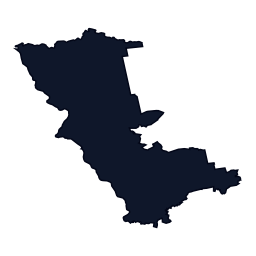 Rumbas pag., Kuldigas, Latvia
{"feature_id": "27541924B49988054161114", "entity_name": "Rumbas pag.", "entity_type": "district", "adm_level": 2, "iso_a3": "LVA", "parent_name": "Latvia", "parent_adm1": "Kuldigas", "projection": "natural_earth1", "projection_center": [22.062, 56.994], "detail": "fine", "context": "isolated", "style": "filled", "palette": "ink", "viewbox_px": 256, "rotation_deg": 0, "n_neighbors": 0, "source": "geoboundaries", "source_scale": "gbopen_adm2", "svg_char_len": 5768}
<svg xmlns="http://www.w3.org/2000/svg" viewBox="0 0 256 256"><path d="M124.5,220.9L125.2,220.8L125.8,221.4L127.2,221.0L128.2,221.2L128.7,221.0L129.3,222.0L130.5,223.0L131.0,222.4L133.4,222.3L133.4,222.0L132.6,221.5L133.7,220.9L134.3,221.0L135.6,222.2L136.0,221.8L136.9,221.8L137.7,221.3L138.2,221.3L139.3,222.2L140.1,221.7L140.5,221.8L141.0,222.4L140.8,223.7L141.1,224.0L141.8,223.7L143.3,223.8L144.9,224.1L145.2,223.2L148.8,223.5L150.5,222.6L154.1,223.0L153.6,226.5L156.7,227.4L157.2,225.6L157.3,224.1L156.9,222.1L157.8,220.2L161.6,218.2L162.1,218.4L162.0,218.9L162.4,219.8L162.4,221.9L166.1,223.2L169.7,222.2L170.9,221.2L170.2,220.2L169.1,219.9L168.1,218.2L168.0,217.9L168.6,216.5L168.7,215.2L168.0,215.1L167.1,214.0L166.7,214.0L166.5,214.4L166.1,214.2L167.0,213.4L166.7,212.5L167.0,212.3L167.4,212.8L167.6,212.6L167.5,211.8L167.7,211.7L167.2,211.4L166.4,211.4L165.6,210.7L165.9,210.3L166.8,210.0L166.1,209.8L166.8,209.4L167.0,208.7L167.3,209.0L167.8,209.0L169.1,207.9L170.4,208.1L169.9,207.5L170.3,207.2L171.3,207.1L171.7,206.2L172.8,205.9L172.8,205.5L173.4,205.6L174.5,206.4L175.0,206.0L176.3,205.5L177.1,205.8L177.2,205.6L176.7,205.2L177.2,204.9L177.2,204.5L177.4,204.4L177.9,205.0L179.2,204.8L179.7,204.6L180.3,203.8L179.9,202.9L181.3,203.1L181.5,202.9L181.3,202.5L182.1,202.2L181.5,201.7L181.9,201.0L183.9,200.0L184.0,199.6L184.4,199.4L185.0,199.6L186.1,199.4L186.9,198.5L185.6,196.9L187.2,194.5L187.5,194.4L188.0,193.0L189.6,191.9L190.8,191.9L193.3,191.0L200.6,189.2L202.0,189.3L202.2,188.6L206.7,188.2L213.6,186.7L213.6,191.0L214.9,191.3L215.7,189.1L218.1,188.9L217.9,189.6L220.1,189.8L219.8,190.6L221.4,193.4L222.3,193.9L223.3,193.3L224.2,193.7L225.5,192.7L226.4,189.1L227.1,188.4L228.1,187.9L229.6,186.8L229.5,186.3L236.3,185.2L238.9,183.6L237.7,183.1L237.7,182.6L238.0,182.5L237.8,181.3L239.4,180.6L240.0,179.8L240.6,180.0L240.4,178.2L239.9,177.2L238.0,176.4L235.4,176.6L235.4,175.7L236.6,175.5L237.5,174.3L236.8,172.6L237.7,170.1L235.0,170.5L233.8,170.1L231.0,170.4L230.1,171.2L228.0,172.3L226.4,172.5L224.9,168.0L214.9,169.4L213.6,164.1L214.3,164.0L214.0,162.9L207.7,163.6L204.7,150.0L203.3,150.2L200.3,149.5L199.8,150.0L198.8,150.2L198.8,149.5L197.0,148.6L196.5,148.8L194.3,148.6L192.9,147.8L189.6,148.1L189.7,149.4L184.4,148.7L178.4,149.3L169.1,152.4L168.0,152.4L166.2,151.3L162.7,150.5L161.3,149.0L161.9,146.9L160.7,144.9L158.4,143.2L157.2,141.8L154.4,143.5L152.8,144.2L152.9,144.8L154.0,145.8L153.7,146.6L152.5,147.5L148.5,149.4L147.9,150.1L144.3,149.3L141.7,147.3L145.9,144.9L144.3,144.2L142.2,144.2L139.9,143.6L138.7,143.0L139.6,142.3L140.4,138.6L139.5,136.4L140.8,134.7L135.6,133.9L134.9,133.7L134.8,133.1L134.4,132.9L134.0,133.5L133.5,133.7L133.3,133.4L134.0,132.5L133.3,132.4L132.8,131.9L131.8,132.0L132.9,131.4L132.2,131.1L130.8,131.4L129.8,129.3L129.3,127.9L129.7,127.8L130.2,128.2L136.0,128.2L138.4,126.8L138.8,126.1L138.9,124.8L140.6,124.8L141.5,126.4L144.1,125.9L145.7,126.8L146.3,126.8L147.2,125.3L151.1,124.5L151.2,124.3L157.8,119.7L157.7,119.2L158.0,118.8L162.9,113.8L163.5,112.6L158.5,110.7L156.3,110.6L147.8,111.4L146.5,111.7L141.0,114.2L137.0,96.6L134.8,95.2L134.7,94.5L130.7,95.0L122.2,56.4L127.7,55.8L126.1,48.2L142.6,46.5L141.9,43.2L142.0,42.8L140.0,41.9L138.8,41.6L136.5,42.0L134.2,41.9L132.4,42.2L130.9,41.5L130.2,41.4L129.7,41.5L127.6,42.8L125.9,42.8L124.2,41.9L124.5,40.7L123.7,39.8L120.6,40.0L119.7,39.8L118.6,40.1L117.6,40.1L114.9,38.7L114.1,37.5L113.0,37.3L112.3,38.1L111.5,38.2L109.7,37.4L107.4,37.3L105.5,36.8L105.1,36.6L104.4,35.5L104.6,33.8L103.9,33.3L101.2,32.8L98.4,33.6L96.2,33.1L95.5,32.8L94.8,32.1L95.6,30.8L95.8,30.4L95.6,30.1L91.9,29.1L89.2,28.6L88.9,28.7L88.4,29.6L88.6,30.5L89.3,31.0L89.2,31.3L88.2,31.6L87.4,31.4L85.7,30.5L84.9,31.2L84.4,32.5L83.2,33.4L83.0,34.0L83.1,34.6L83.7,35.2L83.6,35.6L82.4,36.6L81.7,38.5L81.0,39.4L80.0,39.5L78.0,38.2L77.2,38.6L76.3,39.5L74.8,40.5L73.4,40.0L68.8,41.2L66.5,42.3L66.0,42.3L64.8,41.4L63.6,41.1L58.0,41.4L57.1,41.8L55.8,43.6L54.8,44.3L55.0,45.4L54.4,47.8L53.8,48.2L51.7,47.5L50.5,47.9L49.8,48.4L48.3,48.3L47.9,47.5L46.3,46.2L45.9,45.2L44.1,44.3L42.5,44.0L41.4,44.2L40.0,45.2L38.4,45.5L37.2,45.2L35.0,45.7L33.5,45.5L32.8,44.8L28.2,43.7L26.3,44.7L24.9,44.9L23.2,45.9L22.7,45.7L22.7,44.6L23.2,43.9L23.0,43.4L22.1,43.1L20.3,44.2L19.1,44.6L18.4,45.2L15.9,45.8L15.4,46.2L15.4,46.5L15.6,46.7L17.6,46.8L18.4,47.4L18.4,48.4L18.0,48.9L17.1,49.2L15.7,49.0L19.4,51.8L20.6,53.7L21.4,58.2L22.9,63.6L27.3,66.8L27.9,68.4L28.1,69.5L30.2,74.2L32.6,76.9L32.8,79.3L33.3,80.1L34.9,80.4L35.6,80.7L35.8,81.2L35.9,82.9L35.2,85.3L35.5,85.9L35.6,87.5L36.1,88.3L37.9,89.7L43.3,91.2L44.7,93.0L48.9,95.9L49.5,96.7L49.6,97.2L49.5,98.2L49.1,99.4L47.0,100.8L46.9,101.4L47.0,102.2L48.0,102.9L50.1,103.9L52.4,104.6L55.6,106.7L57.6,107.5L59.0,109.7L59.9,110.1L60.8,110.2L62.4,109.8L63.7,109.0L64.6,108.7L65.5,108.9L68.3,110.5L68.7,111.4L68.8,113.6L69.0,114.7L68.5,116.6L67.2,118.8L64.4,121.4L62.4,125.1L62.2,126.6L60.9,127.8L61.2,128.0L59.6,129.0L59.2,129.5L58.9,130.2L58.6,132.0L58.2,133.1L56.8,134.6L55.9,135.0L55.5,135.8L55.6,136.5L56.0,136.9L58.6,137.5L59.3,137.1L62.9,136.6L63.7,136.9L65.1,138.1L66.8,138.1L67.6,138.8L71.2,138.8L78.2,144.2L80.4,145.6L81.9,147.1L81.7,147.2L81.8,148.3L81.2,148.8L82.4,149.1L83.6,151.1L84.0,152.3L84.0,153.8L83.4,156.9L83.8,159.1L84.4,160.5L85.0,161.4L89.7,163.8L90.9,165.2L91.5,166.9L92.3,167.9L94.1,168.5L96.0,169.5L96.4,172.1L98.7,176.0L99.0,177.6L99.6,178.8L100.3,179.6L101.2,180.2L102.9,180.5L107.2,180.8L110.3,182.1L111.1,182.7L111.4,183.3L111.8,186.0L115.3,191.1L116.8,195.5L117.8,196.6L122.9,197.9L125.1,200.2L125.4,200.9L125.7,202.7L126.3,203.7L126.4,204.4L126.2,205.8L126.7,209.3L127.3,209.9L128.9,210.5L129.6,211.3L129.6,212.5L128.9,213.5L127.8,214.6L123.7,216.9L123.3,217.8L123.9,220.0L124.5,220.9Z" fill="#0f172a" stroke="#020617" stroke-width="1.5"/></svg>